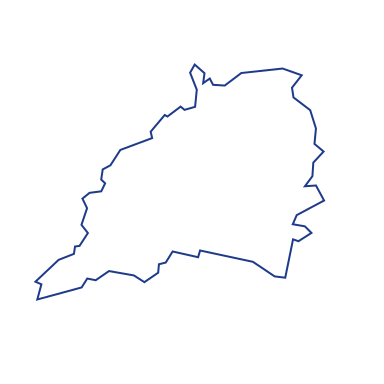 Cheshinovo - Obleshevo, Češinovo-Obleševo, North Macedonia, rotated 104°
{"feature_id": "65306769B60953626693828", "entity_name": "Cheshinovo - Obleshevo", "entity_type": "district", "adm_level": 2, "iso_a3": "MKD", "parent_name": "North Macedonia", "parent_adm1": "Češinovo-Obleševo", "projection": "equal_earth", "projection_center": [22.304, 41.875], "detail": "fine", "context": "isolated", "style": "outline", "palette": "blue", "viewbox_px": 384, "rotation_deg": 104, "n_neighbors": 0, "source": "geoboundaries", "source_scale": "gbopen_adm2", "svg_char_len": 963}
<svg xmlns="http://www.w3.org/2000/svg" viewBox="0 0 384 384"><g transform="rotate(104 192 192)"><path d="M291.0,216.4L278.5,205.3L270.1,206.6L266.8,200.4L254.4,196.4L253.8,170.3L246.8,170.0L245.0,116.0L253.9,91.4L252.6,80.8L213.5,82.5L214.0,76.8L202.8,66.2L198.0,74.2L198.9,86.4L189.1,84.8L168.3,61.8L155.7,73.3L159.1,83.8L147.5,79.0L134.1,81.4L120.9,74.1L115.7,84.8L100.4,87.1L84.0,97.1L75.7,116.4L66.6,120.2L52.2,113.8L50.3,134.0L64.6,172.9L80.8,186.0L82.9,197.5L77.6,202.2L83.7,207.5L73.7,208.6L67.7,220.2L76.7,222.7L91.6,212.1L108.6,209.6L114.1,219.1L111.9,223.7L124.7,234.1L123.9,237.1L143.5,246.7L149.3,243.7L168.5,271.7L185.8,277.6L191.7,284.1L201.9,283.1L204.6,278.4L213.3,280.2L217.6,291.2L224.9,296.7L233.1,289.9L250.6,291.3L257.0,283.1L271.5,288.1L273.2,292.3L280.6,291.6L290.1,305.0L316.9,322.2L318.0,315.8L333.7,316.1L311.3,276.0L301.3,272.7L300.9,264.1L288.8,253.4L287.0,228.2L291.0,216.4Z" fill="none" stroke="#1e3a8a" stroke-width="2"/></g></svg>